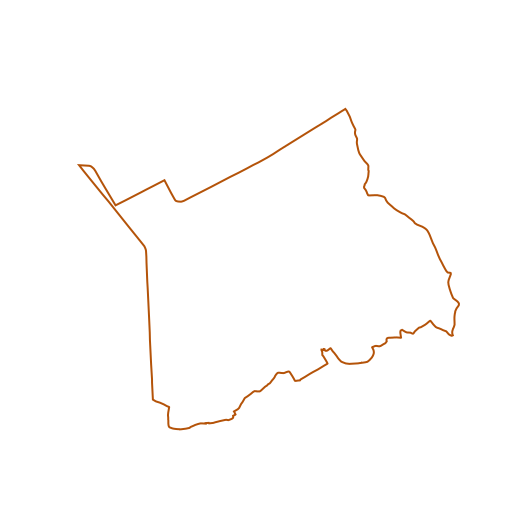 the district of Sai Mai, Bangkok Metropolis, Thailand, rotated 330°
{"feature_id": "78962969B64116960890602", "entity_name": "Sai Mai", "entity_type": "district", "adm_level": 2, "iso_a3": "THA", "parent_name": "Thailand", "parent_adm1": "Bangkok Metropolis", "projection": "robinson", "projection_center": [100.659, 13.912], "detail": "fine", "context": "isolated", "style": "outline", "palette": "amber", "viewbox_px": 512, "rotation_deg": 330, "n_neighbors": 0, "source": "geoboundaries", "source_scale": "gbopen_adm2", "svg_char_len": 6096}
<svg xmlns="http://www.w3.org/2000/svg" viewBox="0 0 512 512"><g transform="rotate(330 256 256)"><path d="M386.8,423.1L386.9,422.5L387.2,421.4L387.4,420.9L388.0,419.8L388.7,419.0L390.4,417.4L391.1,417.0L392.1,416.2L393.6,414.8L395.0,412.3L396.1,410.2L397.2,408.3L398.4,406.6L399.5,405.2L400.3,404.4L400.6,403.9L401.3,403.2L403.0,402.0L403.6,401.6L405.9,400.6L406.9,400.1L407.3,399.7L407.7,399.1L407.9,398.8L408.0,398.1L407.8,396.4L407.2,394.8L405.9,391.8L405.7,391.2L405.7,390.6L406.2,386.7L406.7,384.1L407.3,381.2L408.4,377.1L409.0,375.8L409.2,375.2L410.0,374.1L411.2,372.8L412.1,372.1L415.6,369.2L416.1,368.2L415.9,367.8L415.6,367.5L414.2,366.5L413.9,366.3L413.7,365.9L413.3,364.1L413.3,361.3L413.4,357.8L413.6,354.6L413.7,350.6L414.2,346.0L414.9,341.8L415.2,339.7L415.4,338.0L415.6,333.3L416.9,324.8L417.1,322.6L417.1,319.8L417.0,319.2L416.8,318.2L416.1,316.4L415.3,314.9L414.6,313.7L411.2,309.4L410.7,308.4L410.1,307.3L409.9,306.4L409.9,305.5L409.7,304.4L408.9,302.1L407.6,299.1L407.0,297.4L406.0,294.9L405.6,294.1L404.0,292.2L402.9,290.5L401.0,287.2L400.4,286.0L399.4,283.8L398.5,280.9L397.7,278.7L396.7,275.6L396.6,274.3L396.5,273.0L396.6,272.0L396.8,270.6L396.8,270.1L396.7,269.7L396.3,268.7L395.6,267.9L393.9,266.1L392.7,265.1L391.6,264.1L389.4,262.8L384.4,260.2L383.6,259.6L383.5,259.4L383.5,259.0L383.6,257.2L383.9,255.7L384.0,253.7L383.7,251.4L383.7,251.0L383.9,250.6L384.4,249.8L385.2,249.3L385.8,248.5L386.1,248.2L387.4,247.7L388.8,246.9L391.0,245.1L393.0,243.1L393.7,242.1L394.4,241.2L394.8,240.5L395.6,239.5L396.2,238.4L396.2,237.7L396.3,237.5L398.3,234.3L398.4,234.0L398.5,233.3L398.4,232.0L397.7,229.2L397.4,227.9L397.2,225.4L396.8,219.8L396.9,218.3L397.5,215.5L399.5,209.3L400.3,207.7L401.6,206.0L402.2,204.9L402.3,204.3L402.5,201.3L402.7,200.3L403.1,199.2L403.5,198.5L403.9,197.9L405.0,196.7L405.2,196.4L405.3,196.0L405.4,195.3L405.5,192.0L405.8,188.4L406.1,186.4L406.8,182.8L406.9,181.9L407.2,175.6L406.9,173.3L405.1,173.4L403.1,173.4L398.8,173.6L390.2,173.8L384.1,174.2L370.7,174.5L330.9,175.8L326.9,176.0L321.9,176.3L314.9,176.4L304.8,176.2L299.1,175.8L291.7,175.6L282.4,175.2L273.2,174.6L251.5,173.7L228.8,172.5L221.3,172.2L220.2,172.0L218.8,171.7L217.9,171.3L215.7,169.8L214.5,168.6L214.1,168.0L214.0,167.5L213.9,166.9L213.9,164.4L214.0,158.6L214.6,144.6L201.7,144.0L194.0,143.6L188.8,143.4L170.1,142.5L159.7,141.9L159.4,123.0L159.3,113.8L159.4,102.0L159.2,99.4L158.6,97.5L157.9,95.8L157.2,95.0L156.7,94.5L148.2,88.9L149.1,95.5L150.9,107.0L154.0,126.3L155.6,135.3L160.2,165.8L163.7,188.3L164.2,191.7L164.0,193.8L163.8,195.0L163.5,196.1L163.1,197.0L160.7,201.8L157.8,207.1L148.9,224.1L146.3,229.3L144.4,233.0L132.5,256.1L125.7,269.2L122.2,275.6L111.0,297.4L104.3,310.8L102.7,313.6L94.9,328.8L96.4,331.5L96.9,332.2L99.4,334.9L101.6,337.9L101.9,338.3L103.8,341.5L105.1,343.1L105.2,343.3L105.2,343.5L101.7,347.7L100.2,349.8L99.0,352.4L98.3,353.5L97.9,354.5L96.3,357.3L95.9,358.2L95.5,359.2L95.3,360.3L95.4,360.8L95.5,361.2L97.4,363.5L98.5,364.5L100.2,365.8L101.6,366.8L103.1,367.7L103.2,368.0L104.7,368.7L109.0,370.5L112.4,371.6L112.8,371.6L113.5,371.4L114.1,371.4L117.4,371.8L118.8,371.9L121.7,372.5L123.9,373.1L124.4,373.3L126.2,374.4L128.6,376.0L128.8,375.5L131.7,376.9L131.7,377.3L131.7,377.5L135.6,379.2L137.5,379.6L140.6,380.5L141.8,380.8L147.5,382.6L148.1,382.9L148.4,383.0L149.8,384.2L150.1,384.4L153.4,384.9L154.1,384.9L155.1,384.7L155.4,384.5L155.8,384.0L156.3,382.9L158.5,383.1L159.0,383.0L159.2,380.8L159.2,379.6L159.5,379.6L159.9,379.6L163.6,379.6L165.2,379.2L165.5,379.1L168.8,376.9L169.5,376.5L170.8,376.0L171.9,375.4L174.3,374.0L174.7,373.7L175.2,373.5L175.6,373.4L178.0,373.3L179.2,373.2L180.9,373.0L182.6,372.8L185.3,372.3L187.1,372.3L187.3,372.4L188.6,373.2L188.7,373.3L188.8,373.5L189.6,374.0L191.3,375.0L191.5,375.1L192.3,375.1L193.0,375.0L198.3,373.8L199.2,373.7L200.0,373.7L200.6,373.7L202.5,373.1L203.7,373.2L204.5,373.1L206.0,372.5L207.8,371.7L209.1,371.3L210.6,370.7L211.6,370.2L212.5,369.5L214.1,368.7L215.6,368.2L216.2,368.1L216.9,368.2L218.3,369.0L218.9,369.6L221.3,371.2L222.3,371.5L224.0,371.7L225.0,371.9L226.2,372.2L226.6,372.4L226.8,372.6L227.1,373.2L227.2,374.0L227.4,378.3L227.4,381.9L227.3,383.1L227.4,383.6L227.5,383.7L227.9,384.0L230.2,384.9L231.8,385.7L232.0,385.7L232.6,385.3L232.9,385.2L238.0,385.2L240.7,385.1L243.7,385.0L247.4,385.0L252.8,385.2L256.8,385.1L259.9,385.0L263.6,385.0L264.1,384.9L264.3,383.9L264.3,382.3L264.3,381.3L264.2,376.4L263.9,375.1L264.3,374.2L265.3,372.4L265.5,371.4L265.7,370.0L265.9,369.8L266.9,370.9L267.2,371.1L267.4,371.1L267.5,371.0L267.8,370.4L268.0,370.3L268.8,370.9L268.8,371.1L268.5,371.7L268.5,372.0L268.5,372.3L269.0,373.0L269.6,373.3L270.2,373.5L271.0,373.5L274.0,373.1L274.3,373.1L274.5,373.3L274.6,374.0L274.8,376.9L275.3,379.1L275.8,382.9L275.9,384.1L275.9,384.9L276.2,386.9L276.6,388.6L277.0,390.1L277.8,391.2L280.0,393.9L282.9,396.1L289.1,399.2L290.9,400.1L291.8,400.4L293.7,401.2L293.8,401.2L294.0,401.2L294.0,401.3L295.2,401.8L297.5,402.7L299.5,403.3L299.9,403.3L302.2,402.9L302.7,402.8L303.7,402.4L304.6,402.2L305.8,401.7L307.4,400.8L308.3,400.1L309.1,399.4L309.8,398.5L310.2,397.7L310.5,396.9L310.7,396.3L310.8,395.2L310.9,393.5L310.9,393.2L311.0,393.1L311.6,393.1L312.5,393.3L313.6,393.4L314.5,393.6L315.4,394.1L316.7,395.2L317.5,395.8L318.8,396.2L320.0,396.2L322.3,396.1L324.0,396.2L324.9,396.0L326.5,395.3L326.9,394.2L327.4,393.4L327.8,393.1L328.2,392.9L328.4,392.8L329.4,392.9L330.1,393.2L333.1,394.8L335.0,395.7L337.2,396.9L340.1,398.9L340.5,399.2L340.8,399.2L342.5,394.9L342.8,394.3L343.1,393.8L343.9,393.0L344.0,392.9L345.6,393.0L346.9,395.4L347.6,396.6L348.4,397.6L349.1,398.1L351.3,399.5L351.6,399.9L352.5,401.2L352.7,401.4L352.9,401.6L353.3,401.8L354.1,401.6L355.0,401.1L356.3,400.6L358.2,400.2L361.1,399.6L361.5,399.6L363.1,400.1L367.9,400.1L369.9,399.9L373.0,399.3L373.9,399.2L374.5,399.2L374.7,399.4L374.9,400.7L375.1,402.0L375.3,403.7L375.9,406.3L376.2,407.4L377.0,408.7L378.3,410.1L379.7,411.9L380.8,413.6L382.2,415.3L383.0,416.2L383.2,416.9L383.8,420.1L384.2,421.0L384.9,422.1L385.7,423.0L385.8,423.0L386.8,423.1Z" fill="none" stroke="#b45309" stroke-width="2"/></g></svg>